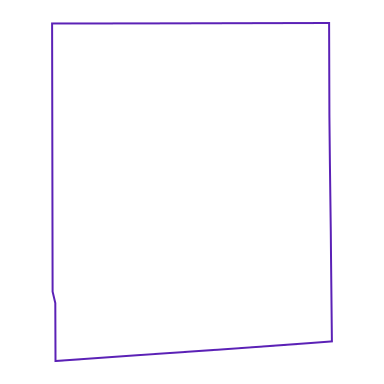 the district of Jasper, Mississippi, United States of America
{"feature_id": "52423323B84021637502917", "entity_name": "Jasper", "entity_type": "district", "adm_level": 2, "iso_a3": "USA", "parent_name": "United States of America", "parent_adm1": "Mississippi", "projection": "albers", "projection_center": [-89.085, 32.013], "detail": "fine", "context": "isolated", "style": "outline", "palette": "violet", "viewbox_px": 384, "rotation_deg": 0, "n_neighbors": 0, "source": "geoboundaries", "source_scale": "gbopen_adm2", "svg_char_len": 334}
<svg xmlns="http://www.w3.org/2000/svg" viewBox="0 0 384 384"><path d="M331.9,341.4L331.0,255.1L330.8,232.4L329.9,163.0L329.4,115.7L329.1,23.0L191.0,23.3L144.8,23.4L52.1,23.5L52.6,291.6L55.3,303.1L55.5,361.0L90.9,358.5L136.1,355.3L214.6,349.9L216.9,349.8L309.5,343.1L331.9,341.4Z" fill="none" stroke="#5b21b6" stroke-width="2"/></svg>